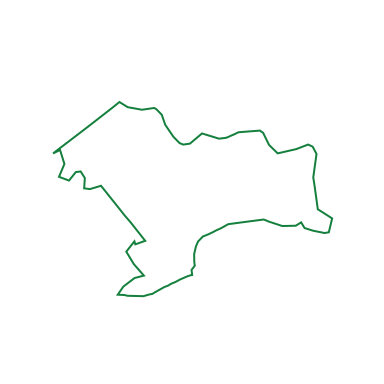 the district of St. Louis, Missouri, United States of America, rotated 51°
{"feature_id": "52423323B93973889783850", "entity_name": "St. Louis", "entity_type": "district", "adm_level": 2, "iso_a3": "USA", "parent_name": "United States of America", "parent_adm1": "Missouri", "projection": "orthographic", "projection_center": [-90.401, 38.639], "detail": "fine", "context": "isolated", "style": "outline", "palette": "green", "viewbox_px": 384, "rotation_deg": 51, "n_neighbors": 0, "source": "geoboundaries", "source_scale": "gbopen_adm2", "svg_char_len": 1346}
<svg xmlns="http://www.w3.org/2000/svg" viewBox="0 0 384 384"><g transform="rotate(51 192 192)"><path d="M74.6,275.7L76.3,268.1L89.9,273.5L96.5,285.8L105.7,280.4L103.4,269.7L106.0,265.6L113.7,266.5L121.3,273.5L125.5,269.5L129.9,258.8L158.8,259.0L159.7,259.0L167.8,259.1L177.4,258.8L200.5,259.1L197.0,269.0L194.1,267.8L197.0,280.6L211.4,282.6L226.7,282.0L222.7,290.8L222.3,304.9L225.1,314.3L229.7,309.2L232.1,307.4L242.4,295.3L244.8,289.6L246.2,287.1L246.7,283.4L248.0,276.0L248.5,273.1L249.7,269.6L250.1,266.3L251.5,261.6L252.0,259.0L252.4,256.7L254.3,249.7L255.6,245.9L256.6,244.1L252.3,241.4L251.0,236.2L248.0,234.4L247.9,234.3L241.6,229.4L236.7,223.1L234.3,218.5L233.4,211.5L233.6,211.1L235.4,205.1L236.6,199.9L236.9,198.0L238.5,191.8L239.8,184.1L246.4,173.3L247.5,171.5L253.7,161.4L258.5,153.6L260.4,152.5L262.9,151.2L275.3,143.2L283.5,132.6L284.3,126.3L290.9,127.2L291.0,127.1L298.5,122.1L307.4,114.7L309.4,111.0L300.7,99.7L284.6,105.1L264.4,92.9L257.0,88.6L240.8,71.3L232.7,69.7L228.2,71.9L224.3,83.9L215.9,101.1L203.9,102.5L190.8,99.5L187.0,100.6L174.8,118.3L173.9,122.2L171.4,131.3L167.6,137.4L152.8,147.4L153.1,163.2L149.6,169.0L146.1,170.9L137.4,171.7L122.9,170.5L113.0,166.9L105.2,167.6L102.9,168.5L96.6,179.1L85.6,188.6L76.4,191.8L76.4,200.5L75.7,235.7L74.7,270.6L74.6,275.7Z" fill="none" stroke="#15803d" stroke-width="2"/></g></svg>